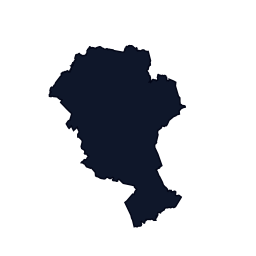 outline of Rundēnu pag., Ludzas, Latvia, rotated 130°
{"feature_id": "27541924B20258321075970", "entity_name": "Rundēnu pag.", "entity_type": "district", "adm_level": 2, "iso_a3": "LVA", "parent_name": "Latvia", "parent_adm1": "Ludzas", "projection": "mercator", "projection_center": [27.772, 56.271], "detail": "fine", "context": "isolated", "style": "filled", "palette": "ink", "viewbox_px": 256, "rotation_deg": 130, "n_neighbors": 0, "source": "geoboundaries", "source_scale": "gbopen_adm2", "svg_char_len": 5839}
<svg xmlns="http://www.w3.org/2000/svg" viewBox="0 0 256 256"><g transform="rotate(130 128 128)"><path d="M182.9,130.9L182.0,130.5L182.9,125.1L182.8,124.7L185.5,122.0L185.2,121.3L185.2,120.7L184.8,120.4L184.7,119.6L184.4,119.6L184.4,118.5L184.2,117.8L184.3,117.3L184.1,117.0L184.0,116.6L183.8,116.5L183.6,115.7L183.4,115.5L182.3,113.5L181.2,112.8L179.6,112.9L178.7,111.7L178.6,109.8L177.8,108.8L176.1,108.4L175.6,107.8L175.8,107.6L175.8,107.2L175.7,107.0L175.8,106.8L176.3,106.7L176.4,106.3L177.5,106.6L177.8,106.3L177.9,105.8L177.2,104.6L176.6,104.2L176.2,102.6L175.4,101.9L175.0,102.0L174.7,102.7L174.4,102.7L173.1,102.1L173.0,101.2L173.3,98.0L173.4,96.1L169.4,88.7L168.1,86.0L169.1,85.0L169.4,81.9L172.0,81.8L175.1,80.7L175.7,81.9L184.7,82.0L187.0,82.5L192.9,69.6L194.6,67.4L195.6,65.2L199.6,59.8L198.6,59.1L197.8,57.5L196.1,56.9L195.5,55.8L194.3,55.2L193.1,55.7L192.8,56.5L192.4,56.7L191.6,57.9L190.8,57.6L190.9,57.4L190.6,56.7L190.5,54.5L190.4,54.4L190.0,54.3L188.6,55.2L187.1,54.8L186.5,55.3L184.4,53.1L183.7,52.0L182.2,51.2L182.1,48.9L180.8,47.4L180.1,48.5L177.4,48.8L177.3,49.7L176.8,49.6L176.4,49.2L176.0,49.1L174.9,49.8L174.3,50.5L173.5,50.7L172.6,49.9L172.1,48.6L171.1,49.1L170.5,48.6L168.8,48.3L167.5,47.7L166.1,48.2L164.7,47.8L164.0,46.7L162.1,45.3L161.9,44.5L161.6,44.0L159.9,43.3L159.8,42.7L159.6,42.4L159.5,41.8L157.8,41.1L147.0,42.7L146.7,42.8L146.9,45.8L148.7,47.1L149.0,48.3L148.4,49.0L146.3,50.3L146.3,51.5L149.2,53.6L149.2,53.8L148.1,54.7L149.3,56.3L150.8,56.5L150.8,57.2L149.6,58.5L149.2,61.0L149.4,61.4L149.0,64.3L147.5,66.8L145.0,72.6L144.8,73.6L142.6,77.6L142.0,79.6L139.3,78.9L139.1,78.6L138.4,78.2L137.9,78.3L138.1,78.7L137.9,79.0L137.5,79.0L136.7,78.4L135.1,77.9L128.9,88.3L125.7,95.1L123.4,97.1L122.1,96.7L120.8,96.8L120.3,97.5L113.9,100.7L112.8,102.3L110.8,103.6L106.8,102.6L104.4,103.3L103.4,101.1L101.9,100.8L101.5,100.1L99.6,100.4L95.8,101.5L90.1,100.5L87.6,99.2L86.8,99.3L84.3,97.6L82.1,99.8L79.0,99.8L76.8,98.8L75.2,97.6L74.6,98.3L74.8,99.2L76.0,101.0L75.9,102.3L76.5,103.1L74.3,105.4L71.6,107.7L71.3,109.8L65.7,118.2L65.3,118.8L62.3,120.8L62.8,123.3L64.2,127.8L64.6,127.4L65.9,127.4L66.2,128.4L66.6,128.6L65.9,129.9L65.3,130.1L64.5,131.0L64.8,131.3L63.9,132.5L64.1,133.6L65.2,134.3L65.3,135.0L65.6,135.5L66.6,136.2L67.0,137.4L67.5,137.5L67.5,137.8L67.4,138.9L67.8,139.3L70.4,137.9L70.4,137.5L71.6,136.4L72.5,136.1L73.1,136.8L73.7,136.8L73.7,138.1L74.1,138.4L74.7,140.0L75.9,140.4L76.7,139.9L78.8,140.1L78.8,140.7L79.2,141.3L77.1,141.5L76.3,142.3L75.9,143.0L75.4,142.9L75.1,143.3L74.7,143.7L74.8,144.1L74.5,144.2L74.0,144.9L74.2,145.6L73.9,146.0L73.9,146.6L72.9,147.4L72.2,150.2L72.0,150.5L70.8,150.6L70.5,150.3L70.1,150.3L69.0,151.0L68.7,151.0L68.4,151.5L67.9,151.8L67.4,151.6L66.4,151.9L66.0,151.6L65.8,151.9L65.3,151.5L64.4,152.3L64.0,153.1L62.0,154.0L56.4,161.8L56.9,162.2L58.1,164.2L58.0,165.7L58.3,166.4L58.8,167.0L61.0,168.0L61.8,169.7L62.5,169.8L62.8,170.3L62.6,170.8L62.7,171.4L62.0,171.6L61.8,172.2L61.4,172.2L61.1,172.9L62.5,173.5L62.5,175.7L62.4,176.8L62.6,178.0L63.7,179.3L63.8,179.7L64.6,180.3L65.3,179.9L65.8,180.1L66.0,180.3L66.1,181.3L66.9,181.6L67.8,181.1L68.7,181.4L70.0,180.9L70.2,180.3L71.5,180.3L72.4,179.9L73.1,180.3L77.8,188.5L77.8,189.6L79.5,192.4L79.6,192.8L80.3,193.2L80.4,194.1L81.0,194.3L80.8,194.7L80.8,195.1L82.5,196.1L82.9,197.0L83.1,198.5L83.5,199.4L83.5,201.1L84.1,202.1L86.6,203.6L87.1,203.8L87.5,203.5L88.2,204.6L88.5,204.5L88.7,205.1L88.5,205.4L88.7,206.0L89.2,206.3L89.2,206.8L89.9,207.2L89.9,207.3L90.1,207.6L90.3,207.5L90.4,207.9L90.2,208.1L90.2,208.9L90.4,209.3L90.7,209.1L90.8,209.4L91.0,209.3L91.4,208.7L91.5,208.9L92.0,209.0L92.3,208.9L92.3,209.2L92.6,209.1L93.6,209.4L94.5,209.0L95.0,209.1L95.7,208.4L96.4,208.1L96.6,207.4L98.5,207.5L98.7,207.1L99.1,206.9L99.7,207.5L100.4,207.7L100.6,208.2L102.1,209.3L102.0,209.8L102.3,209.9L102.2,211.1L102.6,211.4L102.6,212.1L102.3,212.7L102.3,213.3L104.5,214.0L104.9,214.7L105.5,214.9L108.7,213.5L109.2,212.7L109.1,212.4L109.4,212.3L109.5,212.0L111.6,212.1L112.7,211.5L113.4,212.2L113.6,212.0L113.6,211.5L114.0,211.7L114.3,211.6L114.2,211.4L114.4,211.3L114.6,211.5L114.8,211.0L115.0,211.2L115.0,210.8L115.4,210.5L115.9,211.1L116.3,210.9L116.2,211.3L116.7,211.2L116.9,211.4L116.9,211.0L117.3,211.1L117.6,210.8L117.6,210.6L117.3,210.5L117.7,210.3L117.6,210.2L118.5,209.9L119.2,209.9L119.4,209.4L119.7,209.4L119.8,209.1L120.6,209.6L121.1,209.4L121.5,208.9L121.8,209.1L122.4,208.8L122.4,209.4L123.1,209.6L123.0,209.8L123.1,210.5L123.0,210.8L123.0,211.0L123.9,211.2L124.0,211.6L124.7,211.6L124.8,212.0L125.3,212.2L125.7,211.9L125.8,212.0L125.7,212.2L125.7,212.6L126.2,212.5L126.4,212.7L126.4,212.9L126.7,213.0L126.7,213.3L127.1,213.6L127.5,213.8L128.1,213.3L128.2,213.8L128.7,213.8L128.9,214.1L129.5,213.9L130.1,213.2L130.9,212.5L131.8,212.9L139.8,212.5L142.1,211.7L143.0,212.1L143.5,211.7L145.1,211.6L145.9,212.8L147.0,212.9L148.5,212.3L149.3,211.6L149.5,211.7L150.0,211.0L149.9,210.3L150.2,210.4L150.5,210.1L150.9,210.4L151.5,209.8L153.0,209.7L154.2,208.5L153.4,207.1L152.6,207.0L152.3,206.7L151.7,205.2L150.8,204.0L149.4,201.7L149.8,201.1L149.7,198.4L148.7,196.7L148.8,196.5L151.7,196.0L152.2,191.0L152.6,187.7L153.0,182.9L152.9,181.9L153.3,180.4L153.7,180.0L158.5,177.9L158.8,177.5L161.2,178.3L164.5,177.9L165.9,174.1L166.1,172.9L162.8,172.7L164.9,168.1L160.1,167.5L162.4,162.7L165.1,162.4L167.1,160.7L166.6,160.2L166.6,158.1L166.9,155.4L167.9,154.1L172.2,152.0L172.7,151.4L172.9,150.8L173.4,150.3L173.0,146.8L174.4,145.3L175.4,145.1L175.6,144.2L174.9,143.5L174.4,142.7L174.9,141.9L175.0,140.9L174.8,140.6L175.0,139.9L177.0,140.1L177.5,139.8L178.9,139.7L179.5,139.9L180.1,140.9L180.8,141.2L181.4,141.0L183.2,141.3L183.7,141.6L184.6,141.5L183.8,140.2L183.7,138.7L183.4,137.8L183.5,137.2L183.9,136.6L184.0,135.6L184.3,135.2L184.3,134.7L184.1,134.3L182.9,130.9Z" fill="#0f172a" stroke="#020617" stroke-width="1.5"/></g></svg>